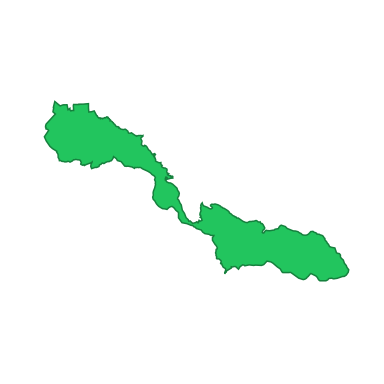 the district of Orlat, Sibiu, Romania, rotated 248°
{"feature_id": "2599482B98199012143069", "entity_name": "Orlat", "entity_type": "district", "adm_level": 2, "iso_a3": "ROU", "parent_name": "Romania", "parent_adm1": "Sibiu", "projection": "albers", "projection_center": [23.88, 45.707], "detail": "fine", "context": "isolated", "style": "filled", "palette": "green", "viewbox_px": 384, "rotation_deg": 248, "n_neighbors": 0, "source": "geoboundaries", "source_scale": "gbopen_adm2", "svg_char_len": 6076}
<svg xmlns="http://www.w3.org/2000/svg" viewBox="0 0 384 384"><g transform="rotate(248 192 192)"><path d="M327.3,98.7L322.3,95.1L321.9,95.3L318.4,93.1L315.5,94.5L309.6,82.2L308.4,81.2L307.1,80.5L306.5,80.8L305.3,80.2L303.9,81.8L302.7,82.0L298.5,75.8L293.8,76.0L287.5,77.4L284.5,78.9L280.4,81.9L279.9,81.5L277.0,81.9L274.0,80.8L272.7,81.1L270.7,80.8L270.6,81.7L269.1,82.9L268.4,84.4L267.5,85.4L266.9,87.3L267.0,88.1L266.5,89.3L265.4,90.1L265.6,92.7L266.3,94.3L265.8,95.3L265.8,96.4L264.4,98.5L264.3,99.2L263.2,100.3L262.4,100.3L260.6,100.3L259.7,99.3L259.3,99.3L257.9,100.5L257.7,101.1L257.8,102.0L256.9,102.1L257.1,104.5L256.9,109.5L257.2,110.5L256.7,110.2L255.8,108.9L253.6,107.7L251.3,107.7L251.1,111.3L250.5,112.8L250.5,115.3L251.8,116.4L251.7,117.9L252.4,119.1L252.3,120.1L251.7,120.4L251.4,121.3L251.8,123.1L251.8,124.7L251.7,125.5L251.2,126.4L251.4,128.2L251.2,128.8L251.7,129.8L253.0,131.6L254.2,132.5L251.4,134.3L249.1,134.6L246.7,137.7L241.2,139.3L240.4,140.7L239.9,142.4L237.7,145.7L235.5,147.5L236.2,148.3L235.7,148.8L235.1,151.0L234.6,151.6L234.4,152.7L233.8,153.7L232.0,154.8L227.8,158.8L225.2,160.7L223.1,161.5L220.9,163.1L219.1,163.4L217.4,161.9L215.1,162.0L213.6,161.1L212.6,161.0L209.6,158.8L207.3,156.6L205.7,155.6L203.4,154.9L202.0,153.6L199.8,153.3L197.6,154.2L194.4,154.6L192.3,155.3L190.8,156.0L187.6,158.4L186.4,160.7L185.2,162.3L186.2,164.7L186.4,166.0L186.2,167.8L185.9,168.3L183.7,169.5L181.3,170.1L178.1,171.8L173.1,169.8L167.3,171.2L164.5,175.5L161.3,178.8L160.7,180.1L159.0,180.7L158.4,181.6L156.5,182.4L153.3,186.3L150.8,186.9L148.6,188.3L146.4,191.9L144.7,193.2L143.5,196.0L142.8,195.3L142.1,193.9L139.6,192.9L134.5,193.8L133.5,194.3L130.8,194.6L129.8,194.0L129.9,193.2L129.6,192.8L127.9,192.0L126.7,191.0L125.6,191.1L124.3,190.5L122.6,190.6L121.5,189.9L120.7,190.1L120.0,191.8L117.7,193.1L116.3,192.9L115.2,191.8L114.8,191.8L114.6,192.5L114.3,192.7L113.3,192.5L110.5,192.8L108.7,194.2L108.0,194.4L106.1,193.3L105.2,192.2L103.7,191.8L104.8,192.7L104.9,193.7L105.9,194.5L106.8,200.0L108.0,200.5L107.3,201.4L107.2,203.0L106.5,204.5L103.0,206.2L104.7,208.5L105.5,211.8L104.5,213.0L103.8,213.3L103.0,217.7L100.8,221.7L100.4,223.6L97.9,228.9L97.8,231.3L99.8,235.6L97.6,239.0L95.7,240.4L90.5,243.1L87.7,245.0L84.2,245.5L83.3,246.0L81.1,251.4L80.5,253.4L72.1,258.7L69.3,262.1L69.0,262.7L68.9,264.2L69.2,265.9L69.8,266.7L70.1,267.9L71.6,270.7L71.9,271.7L67.8,275.4L65.9,276.2L63.2,276.5L61.8,277.3L59.5,283.0L59.7,285.0L60.5,286.3L60.4,287.0L59.7,289.4L58.9,290.1L58.4,290.9L57.6,294.2L57.3,299.8L56.7,301.6L57.2,304.0L59.1,306.8L61.2,308.2L64.1,307.4L66.0,307.5L68.8,306.6L72.2,306.8L74.7,305.6L76.2,305.3L77.9,306.0L78.9,305.8L79.7,305.5L80.7,303.9L81.6,303.2L86.6,303.5L88.6,300.4L89.9,299.1L92.5,298.9L93.9,298.2L94.8,298.3L98.1,297.3L99.2,297.8L100.0,297.3L101.8,297.1L103.2,296.2L104.1,294.9L105.1,294.2L106.1,292.1L106.9,292.1L107.8,291.5L109.1,290.0L110.2,289.4L110.8,287.3L109.3,284.2L109.1,282.2L109.6,280.6L110.4,279.1L111.2,278.2L112.8,277.5L113.8,276.4L115.5,275.4L117.0,273.4L118.0,271.3L122.5,266.6L125.0,265.6L127.8,262.3L127.7,261.2L126.9,259.7L125.7,258.3L126.4,255.0L126.0,254.5L126.0,253.4L126.2,253.1L127.0,249.4L128.1,247.2L128.7,246.4L128.4,245.2L127.2,243.4L127.2,242.6L128.1,242.0L129.8,243.2L130.5,245.1L131.4,246.0L134.9,245.7L136.4,245.2L136.9,244.2L138.8,244.0L138.7,243.6L139.6,242.0L140.8,241.5L141.6,240.7L141.7,238.5L142.3,236.8L142.3,236.2L143.1,234.3L142.9,231.8L143.9,230.1L145.8,228.2L150.6,225.1L151.0,223.8L152.5,223.4L152.9,222.5L153.5,222.4L154.9,221.0L157.5,219.8L158.4,218.9L159.9,218.9L161.3,218.2L164.8,215.7L165.4,214.7L166.2,214.5L167.4,213.3L168.3,213.1L170.5,211.2L172.3,208.8L172.4,207.6L173.3,205.7L172.9,204.3L172.5,204.1L171.7,204.2L170.2,205.1L169.6,205.0L169.2,203.9L169.3,202.9L170.8,201.3L171.8,200.8L174.8,197.6L176.4,197.2L178.1,197.4L177.3,195.9L176.1,195.0L174.8,194.8L174.2,194.0L171.2,193.3L169.4,191.6L167.7,190.7L167.2,191.3L166.1,191.2L165.5,190.1L164.4,191.0L162.0,190.7L161.9,188.4L162.9,188.0L162.6,187.8L162.6,187.4L161.1,186.3L161.2,185.9L162.3,185.6L162.6,185.2L162.3,183.7L162.7,180.9L165.9,179.4L166.1,178.1L167.8,178.1L170.4,176.9L175.0,177.0L178.8,176.2L184.0,177.2L186.5,176.7L189.4,176.7L190.9,176.0L192.2,176.7L193.3,178.3L195.5,179.7L196.9,179.8L199.0,179.3L201.2,179.5L206.5,177.0L208.4,175.5L209.2,173.9L211.0,172.3L212.0,172.3L212.9,171.7L214.4,172.3L215.5,173.2L214.9,173.6L215.1,174.1L214.4,174.3L214.2,173.9L213.7,174.2L213.3,173.4L213.1,174.0L212.7,177.5L212.1,179.4L212.5,179.5L212.8,178.3L213.1,179.8L213.6,180.0L214.0,179.8L214.3,178.6L214.8,178.4L214.6,177.9L215.6,177.7L215.9,176.9L217.0,175.9L217.6,177.1L218.0,176.3L218.4,176.7L219.2,176.0L220.8,176.3L221.6,177.1L222.7,177.3L224.4,176.0L224.8,174.8L226.7,173.4L227.3,173.5L227.9,174.3L228.6,173.7L230.4,173.7L230.6,174.1L231.0,174.2L231.1,173.2L232.1,171.7L234.3,169.8L235.7,170.4L237.5,170.5L237.7,170.1L238.3,170.1L240.3,171.6L240.4,172.1L241.6,171.8L241.7,171.2L239.5,170.0L240.5,169.8L241.6,170.1L241.9,169.7L241.9,169.2L246.0,168.5L247.4,167.5L250.7,167.1L252.4,166.4L252.5,165.7L253.0,165.4L252.4,164.5L253.5,163.4L254.9,162.8L258.0,164.7L260.2,164.5L261.3,164.8L262.1,167.4L262.8,167.7L262.8,166.9L263.5,165.9L264.5,163.2L264.5,161.5L265.2,161.3L265.4,160.7L269.6,158.0L269.6,156.8L270.4,155.2L272.4,155.3L275.0,153.9L275.3,153.5L275.6,151.7L277.0,149.5L278.8,148.6L278.9,148.2L279.4,148.5L280.4,147.8L280.6,147.0L281.4,146.2L283.7,145.7L284.7,145.0L285.6,145.0L286.2,144.5L287.0,144.4L288.4,143.4L288.8,143.4L288.8,142.8L289.6,143.2L290.1,142.7L290.9,142.8L292.1,141.8L292.5,142.2L293.1,141.9L293.0,141.5L293.6,141.0L293.2,140.0L293.5,139.3L293.3,139.1L293.7,138.5L293.4,137.3L293.9,136.5L293.6,136.3L294.7,135.1L294.5,134.7L294.9,134.8L295.3,134.4L295.5,133.3L297.3,132.6L298.1,132.7L298.7,132.2L303.8,131.7L304.1,128.8L304.8,126.3L308.7,127.5L312.7,129.1L314.2,124.1L315.8,120.0L315.5,119.9L317.5,115.0L316.5,114.3L311.9,112.8L312.6,111.1L312.5,110.1L313.8,109.6L315.3,110.1L314.7,107.9L319.7,108.8L321.1,105.1L321.2,102.0L327.3,98.7Z" fill="#22c55e" stroke="#15803d" stroke-width="1.5"/></g></svg>